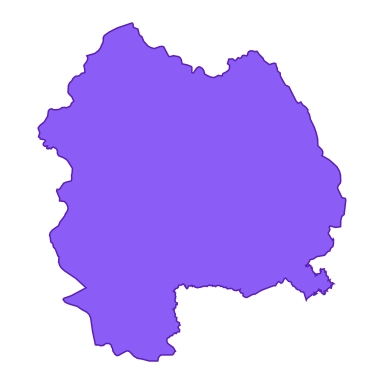 the district of Na Duang, Loei, Thailand
{"feature_id": "78962969B28379819304677", "entity_name": "Na Duang", "entity_type": "district", "adm_level": 2, "iso_a3": "THA", "parent_name": "Thailand", "parent_adm1": "Loei", "projection": "albers", "projection_center": [102.034, 17.538], "detail": "fine", "context": "isolated", "style": "filled", "palette": "violet", "viewbox_px": 384, "rotation_deg": 0, "n_neighbors": 0, "source": "geoboundaries", "source_scale": "gbopen_adm2", "svg_char_len": 5888}
<svg xmlns="http://www.w3.org/2000/svg" viewBox="0 0 384 384"><path d="M175.5,351.3L173.3,347.5L168.1,343.7L167.0,342.0L166.9,339.3L167.6,338.0L169.3,337.4L169.5,336.6L170.8,335.8L172.5,335.5L173.0,334.4L174.6,333.1L175.3,332.9L176.0,333.6L177.4,331.9L179.4,331.8L179.5,331.2L179.7,330.0L178.0,327.5L179.2,325.3L180.0,325.1L179.4,323.9L179.5,322.9L176.5,321.1L176.7,317.4L174.9,316.7L175.4,314.1L174.6,312.9L173.9,309.7L173.2,309.3L174.5,308.9L174.2,308.4L174.7,307.7L175.6,307.7L176.0,304.7L177.2,304.6L177.3,303.1L176.1,302.6L175.2,301.5L175.0,299.6L175.6,298.3L175.2,297.5L175.8,296.7L175.1,294.4L175.6,293.1L173.5,291.4L174.5,291.2L174.0,290.3L175.4,289.1L175.5,288.5L177.5,288.1L177.7,287.4L178.4,287.1L178.4,285.8L178.9,285.2L181.7,285.0L182.6,283.9L183.6,284.0L184.1,284.9L185.0,285.3L184.9,285.9L185.4,286.1L185.2,286.5L186.8,288.7L187.6,288.3L188.6,285.9L191.4,286.0L191.5,285.4L192.4,285.5L192.6,286.5L194.0,285.9L195.0,287.1L197.7,287.8L198.6,287.3L199.7,287.4L204.7,286.0L207.0,286.5L208.7,285.2L211.1,285.7L212.3,285.2L212.8,286.2L214.4,285.8L215.7,286.6L216.7,285.6L219.5,285.4L220.5,286.4L222.4,286.2L223.4,287.4L225.2,287.5L226.0,287.1L226.2,287.8L227.4,288.8L231.6,288.4L234.1,290.3L237.0,290.6L238.2,289.8L239.1,290.2L240.1,289.5L239.6,290.9L240.7,292.8L243.1,293.6L243.0,295.8L244.8,297.1L246.8,297.5L252.7,294.4L255.2,294.1L259.7,291.2L263.6,289.4L273.6,285.7L275.6,285.7L276.8,283.4L278.6,281.6L279.1,281.6L280.8,283.1L281.8,283.0L282.9,281.7L284.2,278.9L285.6,278.1L288.5,281.3L291.2,282.0L291.5,283.9L292.7,285.1L292.6,285.7L294.6,286.7L295.9,287.9L296.0,288.6L297.4,289.5L299.8,290.2L300.8,291.7L303.8,292.2L306.3,300.1L307.0,298.6L311.6,295.1L312.0,294.4L313.2,294.3L313.6,295.2L315.5,294.5L315.0,294.0L316.1,293.6L314.6,293.3L314.1,292.5L315.6,292.7L318.1,290.8L318.6,289.1L320.2,290.0L319.7,290.9L320.0,291.4L321.3,290.8L321.1,292.1L321.9,293.1L323.3,294.1L323.9,293.8L324.1,294.5L324.9,294.1L325.2,293.8L324.7,293.1L325.4,292.3L324.2,291.4L325.7,290.7L327.2,291.0L326.6,289.9L329.4,287.5L331.2,288.2L331.8,285.8L330.9,286.1L330.9,285.1L332.6,284.6L332.9,283.6L333.7,283.6L332.5,282.7L331.7,283.0L330.3,282.4L330.2,281.3L329.5,280.7L329.9,279.9L328.1,280.7L328.5,278.2L327.8,276.4L326.3,275.7L326.0,271.7L325.0,272.1L325.0,271.0L323.9,269.4L324.1,268.9L321.0,269.3L320.5,268.9L320.2,269.9L321.2,269.9L320.4,271.3L321.0,271.7L320.5,272.5L320.7,273.0L319.7,273.7L317.9,273.7L316.9,274.4L317.1,275.0L315.7,275.7L316.3,274.2L315.5,273.6L314.9,274.2L313.8,272.3L313.0,271.8L312.1,269.6L312.2,268.5L311.2,267.9L311.8,267.3L311.0,267.0L310.7,265.6L310.1,265.6L309.2,264.7L308.9,265.5L308.3,265.3L308.2,266.2L307.6,266.6L307.0,266.2L306.1,266.5L305.6,265.4L307.3,264.4L309.2,261.8L310.0,259.7L313.5,258.9L316.9,256.6L324.6,255.3L327.6,251.7L329.9,250.9L330.6,248.4L332.8,246.6L333.4,244.4L333.6,239.6L333.2,238.8L332.2,240.0L328.2,233.4L329.9,229.6L329.2,226.7L330.3,226.0L335.5,227.4L340.6,226.7L340.8,220.0L341.9,216.3L344.1,214.5L345.8,200.0L345.3,198.4L342.0,197.7L337.6,188.4L337.9,186.2L340.3,183.0L340.7,181.4L340.5,175.2L339.4,171.1L336.9,166.8L331.4,161.7L328.8,159.6L321.9,155.6L322.8,153.8L322.7,151.4L321.8,149.7L317.9,145.7L317.6,138.9L316.3,133.2L314.3,127.3L310.4,119.3L309.4,114.5L307.8,111.9L307.8,109.6L305.5,106.9L302.7,104.9L300.9,102.0L298.0,103.3L295.9,100.7L288.9,86.7L285.3,85.0L283.4,81.6L280.4,76.1L280.1,72.9L278.1,71.5L277.3,70.1L277.3,68.2L276.6,67.1L275.7,63.5L273.7,63.2L269.4,64.6L263.9,60.5L263.0,58.2L258.9,54.1L257.1,51.3L254.5,51.6L253.1,51.0L250.6,50.8L248.6,51.7L247.6,53.8L247.6,55.0L246.7,55.8L243.7,55.3L242.4,55.7L240.9,58.1L239.4,58.2L238.2,57.6L235.5,60.6L234.4,60.4L232.8,58.9L228.8,59.1L227.5,63.7L229.6,65.3L229.3,69.2L228.5,70.3L225.5,72.4L223.0,73.5L222.0,76.0L218.3,75.4L214.3,77.5L211.6,77.3L208.4,76.1L204.8,74.2L203.7,70.6L202.4,68.5L199.8,66.9L198.6,66.9L196.5,68.3L193.6,72.7L192.7,73.1L191.8,72.4L191.9,67.9L191.5,66.6L187.4,65.0L182.1,63.8L181.3,59.7L180.2,57.8L178.8,56.7L173.5,55.7L170.0,56.6L168.7,56.3L163.7,46.8L162.6,46.4L160.1,46.5L154.3,48.6L150.5,47.5L148.0,46.1L143.8,41.4L141.8,36.6L140.1,35.6L139.2,34.4L137.9,29.1L133.5,27.4L133.1,24.4L132.6,23.3L132.0,23.0L117.4,27.9L109.5,31.9L104.4,35.5L103.3,37.5L103.2,41.7L100.2,48.4L98.3,50.8L94.7,53.5L86.8,55.8L87.6,57.2L87.6,59.5L86.7,61.5L83.9,65.4L84.8,70.1L84.8,72.7L81.6,73.3L79.1,75.9L75.4,76.3L72.9,78.6L71.8,80.8L69.6,82.9L68.4,85.6L68.0,92.1L68.6,93.5L72.0,97.1L73.8,101.3L71.4,103.3L70.7,105.3L69.7,106.4L66.4,107.8L65.0,107.4L62.0,107.6L59.5,109.3L55.8,109.8L53.5,109.7L51.6,108.8L49.7,109.3L48.4,110.9L47.7,116.1L44.4,121.8L40.2,125.2L38.3,127.6L38.2,128.6L39.8,132.6L38.5,136.9L40.2,138.2L40.3,139.0L44.5,139.7L45.4,140.6L45.3,141.3L43.5,143.0L43.2,144.5L43.5,145.3L44.9,146.3L47.3,146.0L46.6,147.9L47.0,148.6L48.2,148.9L49.2,148.0L50.4,148.8L51.5,148.7L52.2,147.5L53.2,147.0L56.5,148.9L57.4,151.0L57.4,153.5L58.5,155.6L64.1,158.0L67.2,160.2L72.4,168.3L72.1,173.6L71.6,174.9L71.7,179.8L71.2,180.9L65.8,182.3L63.6,183.3L59.6,189.1L59.1,189.5L57.1,189.3L56.6,191.0L59.7,198.3L59.5,200.9L64.4,201.5L66.5,203.7L67.9,206.9L68.0,208.4L67.4,210.9L65.3,214.1L64.8,215.8L59.9,222.2L58.6,225.6L52.2,230.2L50.1,233.0L49.5,235.4L50.0,236.1L50.9,242.1L52.2,243.0L53.1,244.6L53.4,247.1L55.3,249.0L58.0,256.1L59.0,256.8L58.6,261.9L59.8,265.5L61.3,267.9L64.5,270.8L75.7,278.3L86.1,287.8L71.3,295.7L64.2,298.2L63.3,298.9L63.2,299.7L65.3,302.3L68.9,303.9L77.4,306.4L81.8,309.5L87.0,312.3L89.2,314.6L90.7,318.0L92.6,331.4L95.4,344.8L96.0,344.6L97.0,345.2L98.2,344.7L100.2,345.7L102.5,345.6L103.2,345.0L103.7,345.3L105.7,343.5L109.1,343.5L111.4,345.1L111.3,346.3L112.5,348.3L112.9,350.9L115.0,354.3L116.8,355.6L118.4,355.4L125.7,351.4L127.8,350.8L129.8,351.8L133.8,356.1L137.4,358.3L142.4,359.1L149.3,361.0L157.8,361.0L158.5,357.6L160.3,355.3L162.4,354.9L172.1,354.9L173.5,354.1L174.3,352.0L175.5,351.3Z" fill="#8b5cf6" stroke="#5b21b6" stroke-width="1.5"/></svg>